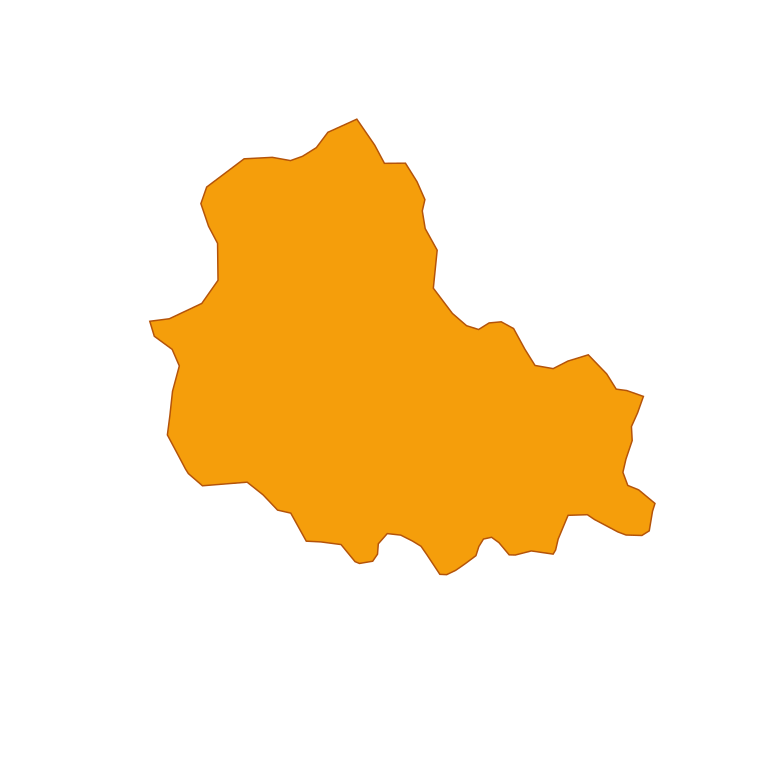 outline of Miryang-si, South Gyeongsang, South Korea, rotated 58°
{"feature_id": "91817680B88513858108060", "entity_name": "Miryang-si", "entity_type": "district", "adm_level": 2, "iso_a3": "KOR", "parent_name": "South Korea", "parent_adm1": "South Gyeongsang", "projection": "mercator", "projection_center": [128.832, 35.493], "detail": "fine", "context": "isolated", "style": "filled", "palette": "amber", "viewbox_px": 768, "rotation_deg": 58, "n_neighbors": 0, "source": "geoboundaries", "source_scale": "gbopen_adm2", "svg_char_len": 1358}
<svg xmlns="http://www.w3.org/2000/svg" viewBox="0 0 768 768"><g transform="rotate(58 384 384)"><path d="M628.9,217.5L608.8,224.1L599.2,231.0L585.5,228.2L575.9,218.6L563.5,203.5L551.2,196.7L542.9,184.3L532.0,170.6L518.2,181.6L511.4,189.8L493.5,189.8L467.5,195.3L462.0,215.9L460.6,232.4L448.3,246.1L429.0,246.1L405.7,244.7L393.4,251.6L387.9,262.5L387.9,274.9L378.3,283.1L360.4,288.6L328.9,291.4L298.7,268.0L274.0,266.7L257.5,259.8L249.3,251.6L230.0,248.8L208.1,248.8L197.1,266.7L176.5,265.3L145.0,266.7L140.8,298.2L147.7,316.1L147.7,332.5L145.0,344.9L132.6,358.6L118.9,383.3L123.0,430.0L134.0,443.7L157.3,449.2L176.5,450.6L208.1,469.8L219.1,495.8L214.9,531.5L206.9,548.9L206.7,549.4L221.8,553.5L242.4,545.3L260.2,548.0L278.1,567.2L297.3,582.3L312.4,594.7L337.3,596.4L350.8,597.4L356.3,597.4L374.1,591.9L394.7,552.1L413.9,545.3L434.5,541.1L444.1,531.5L476.1,533.2L484.4,521.3L497.4,505.5L519.3,502.7L523.2,499.9L528.3,487.5L524.9,479.7L516.5,473.5L512.6,460.5L521.0,449.9L532.2,443.1L541.2,438.6L551.3,438.1L575.0,437.5L578.9,431.9L580.0,421.8L579.4,410.0L578.3,397.0L572.1,389.7L568.2,381.8L571.0,374.0L579.4,370.6L595.2,368.4L598.6,363.3L603.6,347.6L617.9,330.7L615.7,326.4L607.8,318.5L592.9,297.5L602.6,280.8L610.5,277.3L633.3,264.1L640.3,258.8L649.1,245.6L649.1,236.9L634.2,223.7L628.9,217.5Z" fill="#f59e0b" stroke="#b45309" stroke-width="1.5"/></g></svg>